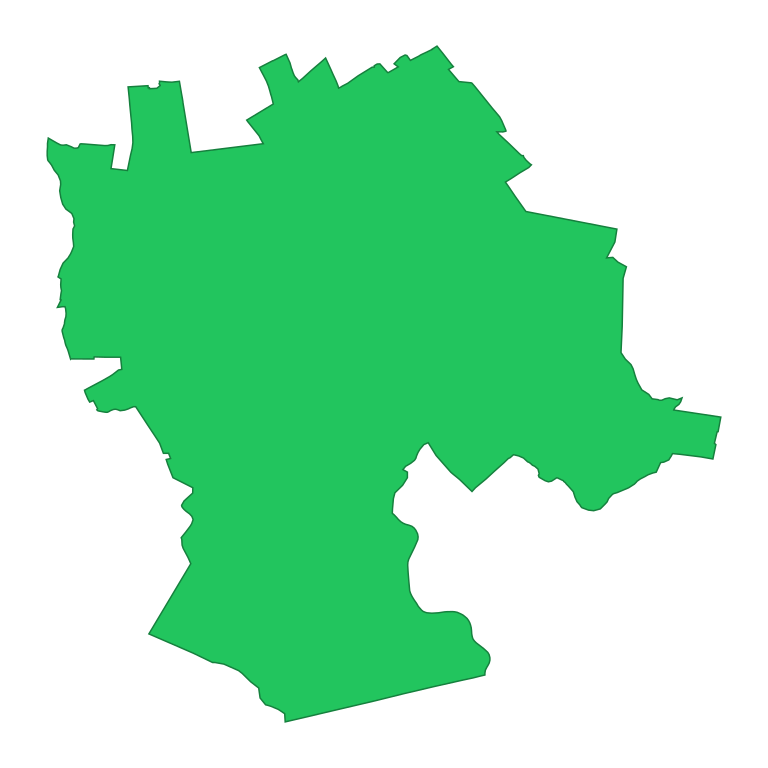 outline of Sanmartin, Bihor, Romania
{"feature_id": "2599482B24432048687552", "entity_name": "Sanmartin", "entity_type": "district", "adm_level": 2, "iso_a3": "ROU", "parent_name": "Romania", "parent_adm1": "Bihor", "projection": "equal_earth", "projection_center": [21.97, 46.975], "detail": "fine", "context": "isolated", "style": "filled", "palette": "green", "viewbox_px": 768, "rotation_deg": 0, "n_neighbors": 0, "source": "geoboundaries", "source_scale": "gbopen_adm2", "svg_char_len": 5927}
<svg xmlns="http://www.w3.org/2000/svg" viewBox="0 0 768 768"><path d="M682.0,397.9L677.2,399.8L669.3,397.9L665.2,398.7L661.9,400.2L659.6,400.3L658.0,399.6L652.1,398.8L648.8,394.4L641.8,389.9L638.0,383.1L636.3,379.3L634.9,375.0L633.1,368.8L631.0,364.6L625.3,359.1L621.0,352.6L622.2,326.2L623.1,278.4L626.4,266.8L617.9,262.1L612.8,257.4L606.6,257.9L614.9,242.0L616.9,229.1L525.9,211.5L515.2,196.4L507.9,185.6L505.4,182.1L510.9,178.7L519.9,172.8L525.1,169.7L528.8,167.5L531.4,164.8L530.2,164.0L529.7,163.6L526.1,160.2L523.8,157.3L523.6,156.5L523.3,155.6L521.7,155.6L519.2,153.5L509.2,143.8L499.0,134.3L496.9,131.8L502.9,131.9L505.9,131.2L505.9,130.4L501.7,120.6L499.6,116.8L492.0,107.8L475.1,86.8L472.0,83.2L471.1,82.8L458.9,81.6L448.5,69.4L453.4,66.7L451.4,64.4L443.8,54.6L437.0,46.1L431.9,49.3L432.1,49.5L420.9,54.8L418.5,56.3L414.5,58.3L410.4,60.4L406.9,55.5L405.1,55.0L400.2,57.5L394.1,63.8L398.2,66.9L393.7,69.5L389.0,72.2L388.1,72.6L387.8,72.6L387.6,72.5L379.9,63.9L377.2,64.0L376.1,64.6L374.2,65.8L374.3,67.1L372.1,67.2L358.0,75.9L347.7,83.3L342.3,86.1L340.4,87.3L338.6,88.1L338.0,85.8L336.2,81.2L335.0,78.6L332.9,74.1L331.1,70.0L325.6,58.0L321.6,61.6L311.1,70.6L302.6,78.4L298.4,81.8L297.8,79.8L296.8,78.8L295.3,77.1L294.3,75.7L293.0,72.6L291.9,69.2L291.5,68.4L290.0,62.9L286.1,54.3L284.8,54.8L273.2,60.7L272.6,60.8L259.4,67.6L261.9,72.4L263.4,75.2L266.5,81.2L267.7,84.3L268.4,86.0L269.9,91.1L270.8,94.5L271.5,96.6L273.3,104.0L246.7,120.1L247.8,121.7L259.1,135.8L261.2,140.0L262.6,142.5L263.3,143.7L191.2,152.6L182.9,102.2L182.9,101.7L182.4,98.5L181.5,93.6L179.4,81.3L171.8,82.2L166.5,81.9L159.5,81.2L159.6,82.9L159.1,83.6L159.5,84.6L160.2,85.1L160.2,85.6L156.8,88.3L149.4,88.7L149.4,87.7L148.2,87.8L148.0,85.7L128.1,86.9L129.3,98.7L129.8,104.9L131.0,117.2L131.6,122.9L132.0,129.4L132.7,136.4L132.9,142.6L132.1,148.7L130.6,154.9L127.4,170.5L111.0,168.6L112.5,159.4L114.8,144.8L111.0,144.7L107.9,145.5L104.9,145.6L84.7,144.0L81.0,143.8L80.1,144.0L78.4,147.5L77.4,148.0L75.4,148.2L73.9,148.1L71.4,146.8L66.4,144.8L63.2,145.2L61.7,145.1L60.5,144.9L56.8,143.0L48.3,138.1L47.5,143.4L47.5,146.9L47.2,151.4L47.2,155.6L47.7,159.9L48.3,161.0L49.6,162.5L51.6,165.2L54.3,170.3L58.1,174.9L60.5,180.9L60.7,184.5L59.7,190.8L60.8,197.6L62.7,204.2L65.9,209.1L69.2,211.5L71.8,213.5L74.0,218.7L73.6,222.1L74.6,225.9L73.6,227.9L73.0,229.0L72.7,234.8L72.8,238.1L73.4,242.7L73.7,246.5L71.6,251.7L70.4,254.2L68.8,256.7L68.2,257.8L63.1,263.1L60.2,269.4L58.4,276.0L58.0,276.9L61.1,279.0L60.9,281.7L60.7,284.7L60.9,287.6L61.5,290.7L61.0,293.3L60.2,299.5L60.7,299.5L61.1,299.9L57.4,307.4L59.7,307.1L62.4,306.7L65.0,306.7L65.6,308.7L66.1,313.4L65.9,316.6L64.9,320.0L64.5,322.6L64.5,323.7L63.1,327.8L62.3,329.4L62.1,330.4L62.2,331.5L63.7,337.5L64.8,340.7L64.9,341.7L65.5,344.2L66.0,345.7L67.1,348.1L67.8,349.9L68.3,351.4L70.6,359.2L70.9,358.9L93.9,359.0L94.1,357.0L94.5,356.9L105.8,357.2L120.6,357.2L121.8,369.4L118.5,370.0L112.6,374.6L109.7,376.5L102.5,380.6L87.2,388.7L86.3,389.3L84.5,390.2L85.2,392.7L88.0,399.2L89.7,402.1L93.4,400.6L97.6,408.7L96.8,409.8L97.9,410.8L99.2,411.1L101.3,411.5L102.2,411.7L104.6,412.1L106.5,412.3L107.6,412.2L108.9,411.6L110.5,410.6L113.3,409.5L115.2,409.2L116.0,409.3L116.9,409.5L118.2,409.9L120.1,410.7L121.7,410.5L124.7,410.1L128.3,408.9L130.6,407.8L133.6,406.7L135.7,406.7L143.5,418.6L148.0,425.5L155.1,436.2L159.6,443.1L163.4,453.3L168.6,453.3L170.6,458.5L166.2,459.5L167.7,464.2L173.0,477.7L192.8,487.7L192.7,493.1L184.1,500.9L181.6,505.3L181.9,506.7L182.8,508.0L184.0,509.4L186.1,511.3L189.6,513.9L191.9,516.4L193.1,519.6L191.7,523.7L190.2,526.2L185.8,532.0L181.2,537.7L181.8,539.4L182.1,545.1L183.2,548.4L188.1,557.6L189.5,560.7L190.8,563.7L148.9,633.9L193.3,653.2L212.6,662.5L215.0,662.5L223.9,664.1L238.6,670.6L242.2,673.4L250.7,681.8L258.7,688.0L260.1,698.0L265.6,704.8L268.0,705.4L270.9,706.3L278.1,709.3L280.0,710.5L284.7,713.7L285.2,721.9L375.9,700.6L403.7,693.7L433.9,686.6L463.7,679.9L473.1,677.9L480.2,676.1L484.9,675.0L484.9,673.1L485.4,670.1L486.7,667.5L488.0,665.3L489.2,663.0L489.9,660.2L489.9,657.8L489.7,656.9L489.1,654.6L487.8,652.4L486.1,650.8L483.8,648.7L476.3,642.9L474.4,641.0L473.2,639.3L472.7,638.3L472.1,636.0L471.7,633.7L471.5,630.5L471.2,627.7L470.5,624.9L469.8,622.9L468.6,620.6L467.0,618.4L464.8,616.5L462.9,615.0L460.8,613.9L457.2,612.3L454.7,611.8L452.6,611.6L447.0,611.7L444.4,611.9L438.5,612.8L435.2,613.0L431.9,613.2L426.9,612.8L425.0,612.2L423.1,611.4L421.5,610.1L418.3,606.4L416.7,603.6L414.0,599.7L412.0,596.4L410.6,593.5L409.7,590.8L408.9,582.0L408.1,572.3L407.7,565.1L407.9,562.0L408.8,559.0L414.6,547.1L417.8,539.7L418.1,536.9L417.6,533.9L415.8,530.2L414.1,528.0L411.9,526.3L409.0,525.2L405.6,524.3L403.1,523.2L400.9,521.8L398.3,519.4L396.7,517.5L394.1,514.8L392.3,513.3L392.5,508.9L393.4,498.6L394.9,492.8L402.6,485.3L407.4,477.7L407.4,472.1L402.9,469.6L405.6,466.3L410.7,463.3L414.5,460.3L415.8,458.4L416.6,455.8L418.0,452.5L419.9,449.3L423.8,444.6L428.2,442.7L436.1,455.5L450.9,472.3L453.0,474.1L457.2,477.5L459.7,479.6L472.0,491.5L475.5,487.7L486.0,479.0L494.1,471.5L504.1,462.6L508.3,458.5L510.1,457.7L513.5,454.7L518.6,455.9L523.5,458.0L527.7,461.9L528.9,462.3L530.4,463.3L532.4,465.2L534.8,466.3L538.0,469.1L539.2,473.8L538.4,475.3L538.8,476.5L539.2,477.3L545.1,480.7L548.4,481.8L551.6,481.1L556.7,477.8L557.7,478.0L562.0,480.1L563.3,480.6L563.7,481.4L565.3,482.6L566.4,484.1L568.3,486.0L573.3,491.7L575.0,497.2L577.0,501.7L580.0,505.1L580.8,506.5L581.9,507.7L588.5,510.1L593.7,510.7L600.3,508.9L605.4,503.8L607.1,501.9L608.6,498.5L612.4,494.4L613.7,493.6L617.2,492.6L628.6,487.8L634.4,484.1L636.3,482.2L637.1,481.2L640.4,478.9L644.9,476.6L648.0,474.8L652.8,473.0L656.2,472.2L660.6,462.6L663.9,462.1L668.8,459.9L671.2,456.1L672.5,453.6L680.0,454.3L700.9,456.9L712.9,459.0L715.9,444.6L714.4,443.3L717.1,431.9L718.1,431.7L720.8,417.1L673.7,410.0L673.9,409.4L675.5,406.9L678.9,404.4L680.7,401.7L682.0,397.9Z" fill="#22c55e" stroke="#15803d" stroke-width="1.5"/></svg>